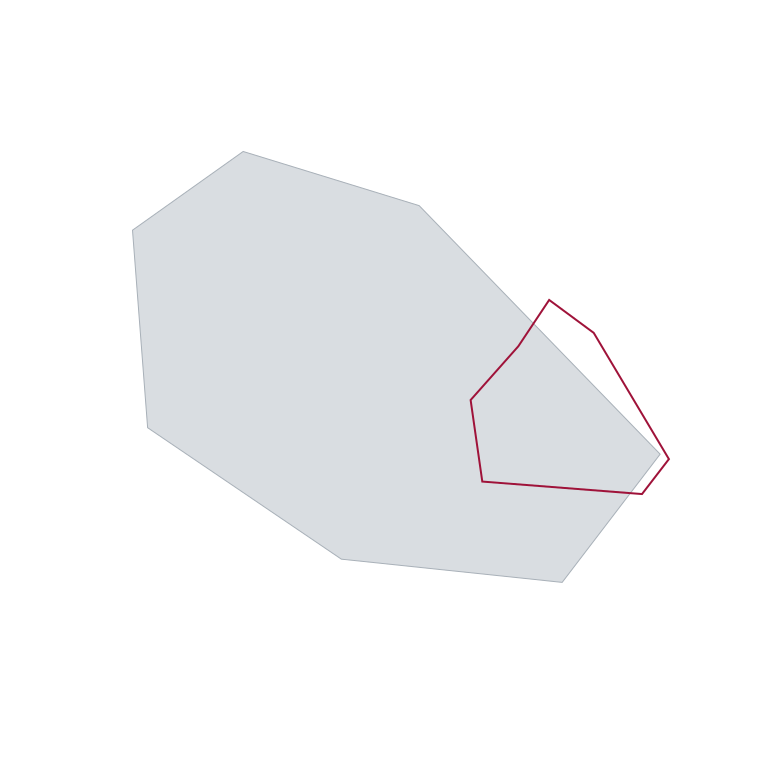 Nauru, with Meneng highlighted, rotated 293°
{"feature_id": "NRU-4982", "entity_name": "Meneng", "entity_type": "state/province", "adm_level": 1, "iso_a3": "NRU", "parent_name": "Nauru", "parent_adm1": "", "projection": "equal_earth", "projection_center": [166.942, -0.541], "detail": "fine", "context": "in_parent", "style": "outline", "palette": "rose", "viewbox_px": 768, "rotation_deg": 293, "n_neighbors": 0, "source": "natural_earth", "source_scale": "10m", "svg_char_len": 419}
<svg xmlns="http://www.w3.org/2000/svg" viewBox="0 0 768 768"><g transform="rotate(293 384 384)"><path d="M561.9,346.7L427.3,665.6L271.0,625.5L206.1,413.2L251.4,183.5L427.3,92.4L543.0,163.5L561.9,346.7Z" fill="#d9dde1" stroke="#a8b0b8" stroke-width="1"/><path d="M525.9,503.2L513.0,557.1L426.2,675.6L383.5,664.5L332.6,512.6L403.1,470.0L471.2,492.9L525.9,503.2Z" fill="none" stroke="#9f1239" stroke-width="2"/></g></svg>